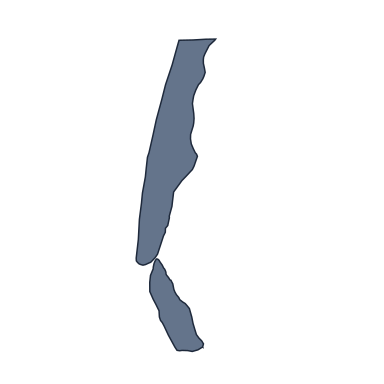 outline of Matagi, Tuvalu, rotated 212°
{"feature_id": "33948139B5264150563840", "entity_name": "Matagi", "entity_type": "district", "adm_level": 2, "iso_a3": "TUV", "parent_name": "Tuvalu", "parent_adm1": "", "projection": "equal_earth", "projection_center": [176.119, -5.669], "detail": "fine", "context": "isolated", "style": "filled", "palette": "slate", "viewbox_px": 384, "rotation_deg": 212, "n_neighbors": 0, "source": "geoboundaries", "source_scale": "gbopen_adm2", "svg_char_len": 1766}
<svg xmlns="http://www.w3.org/2000/svg" viewBox="0 0 384 384"><g transform="rotate(212 192 192)"><path d="M253.1,332.9L253.0,334.2L261.2,328.9L271.5,321.6L283.4,313.8L281.3,306.5L276.2,289.3L271.3,269.0L266.7,254.7L260.6,234.5L255.4,220.1L249.3,202.6L248.2,197.9L243.3,187.7L239.5,180.0L233.5,164.9L229.0,155.9L222.2,141.1L212.3,123.2L204.3,106.4L202.7,104.1L200.8,103.4L198.7,103.0L196.7,103.4L194.8,104.0L193.0,105.8L191.1,108.7L189.8,110.5L189.2,113.2L188.5,116.6L188.3,121.0L190.2,128.7L192.9,139.6L193.3,143.7L195.3,147.2L194.8,150.7L197.5,158.1L198.5,159.5L201.4,169.2L202.9,172.3L207.6,182.3L206.6,196.4L205.4,202.0L204.2,208.2L203.6,211.2L204.0,215.1L206.3,225.1L208.2,226.5L210.0,227.0L214.0,229.5L218.1,232.4L221.4,236.2L223.7,240.1L226.0,248.7L227.1,251.4L229.2,255.4L232.2,259.6L238.5,267.2L240.2,271.1L241.6,274.6L242.8,280.5L243.4,286.5L242.8,289.3L242.8,293.6L243.2,296.4L244.2,300.4L246.9,303.4L250.5,307.1L252.5,310.2L253.7,312.7L254.3,316.1L255.1,325.3L253.1,332.9ZM100.9,66.1L100.6,66.1L100.9,66.4L101.8,69.3L104.9,70.9L108.7,71.8L112.7,73.4L117.2,77.3L121.5,81.1L126.0,85.9L132.5,91.8L136.0,93.0L138.6,93.8L141.7,93.8L145.3,94.2L147.3,95.5L150.7,96.6L153.5,98.1L155.8,99.8L159.6,103.9L160.1,104.2L161.5,105.0L163.1,106.0L163.5,105.8L164.4,105.9L166.3,106.9L168.2,107.6L169.3,107.9L170.6,108.7L171.6,110.1L172.8,111.1L174.4,112.1L175.8,112.5L178.5,114.2L179.9,114.8L181.8,115.6L184.0,116.7L185.5,116.9L186.6,116.4L186.8,114.8L186.6,112.8L186.2,111.0L185.1,107.9L184.2,106.3L183.0,99.3L179.9,92.9L175.0,85.2L168.1,80.5L163.1,77.6L157.0,73.8L153.4,68.7L150.6,66.4L148.0,65.5L144.7,63.6L136.2,58.1L124.3,51.4L120.8,49.8L118.4,50.8L116.5,52.4L111.5,55.3L107.3,56.9L103.3,61.3L100.9,66.1Z" fill="#64748b" stroke="#1e293b" stroke-width="1.5"/></g></svg>